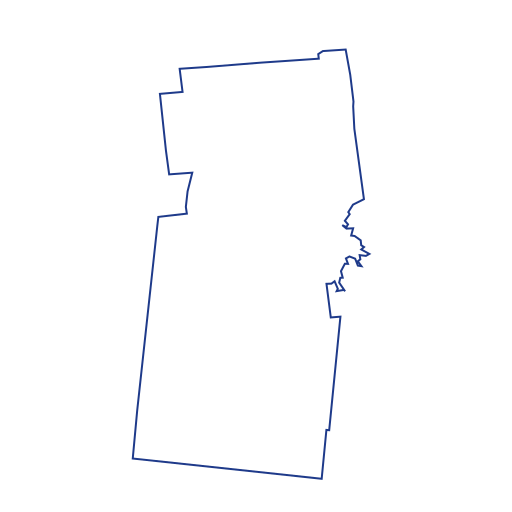 outline of Piscataquis, Maine, United States of America, rotated 186°
{"feature_id": "52423323B69646199912282", "entity_name": "Piscataquis", "entity_type": "district", "adm_level": 2, "iso_a3": "USA", "parent_name": "United States of America", "parent_adm1": "Maine", "projection": "equal_earth", "projection_center": [-69.536, 45.793], "detail": "fine", "context": "isolated", "style": "outline", "palette": "blue", "viewbox_px": 512, "rotation_deg": 186, "n_neighbors": 0, "source": "geoboundaries", "source_scale": "gbopen_adm2", "svg_char_len": 988}
<svg xmlns="http://www.w3.org/2000/svg" viewBox="0 0 512 512"><g transform="rotate(186 256 256)"><path d="M167.4,41.3L167.8,90.4L165.0,90.4L165.7,204.5L175.2,202.7L183.0,235.7L178.1,236.4L175.2,239.1L171.2,231.9L172.1,229.5L164.9,231.5L163.7,230.2L170.5,238.2L169.9,243.1L167.5,243.5L169.9,249.8L166.8,257.6L163.7,257.8L166.3,263.0L163.0,265.3L157.1,263.7L153.7,257.1L150.1,256.9L154.2,261.4L151.9,263.6L153.0,267.7L146.7,267.6L143.5,269.9L152.0,273.5L149.5,276.2L152.5,277.7L153.5,282.5L160.0,286.2L163.5,286.3L162.3,293.7L168.9,292.7L173.4,295.7L169.1,294.2L167.8,297.1L171.3,300.3L167.2,307.4L168.8,309.3L164.9,317.2L154.6,323.8L171.5,392.8L175.0,415.0L175.2,419.8L181.2,446.0L188.4,470.7L210.9,466.8L215.2,463.3L214.2,458.8L245.0,453.4L271.4,448.8L324.4,438.9L351.5,434.2L346.2,411.5L368.5,407.2L356.6,351.5L350.9,328.1L328.1,332.2L330.8,313.1L330.9,297.5L329.2,290.9L357.2,284.7L357.3,276.1L358.0,89.9L357.4,41.7L167.4,41.3Z" fill="none" stroke="#1e3a8a" stroke-width="2"/></g></svg>